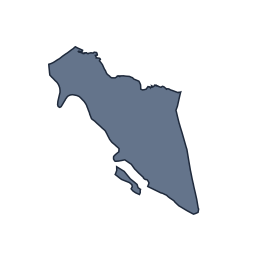 Al Munirah, Al Hudaydah, Yemen, rotated 114°
{"feature_id": "15242507B73593637520404", "entity_name": "Al Munirah", "entity_type": "district", "adm_level": 2, "iso_a3": "YEM", "parent_name": "Yemen", "parent_adm1": "Al Hudaydah", "projection": "natural_earth1", "projection_center": [42.864, 15.354], "detail": "fine", "context": "isolated", "style": "filled", "palette": "slate", "viewbox_px": 256, "rotation_deg": 114, "n_neighbors": 0, "source": "geoboundaries", "source_scale": "gbopen_adm2", "svg_char_len": 5163}
<svg xmlns="http://www.w3.org/2000/svg" viewBox="0 0 256 256"><g transform="rotate(114 128 128)"><path d="M73.7,94.5L74.3,95.1L74.4,95.5L74.5,96.0L75.3,96.5L75.7,102.7L75.9,104.6L75.7,106.5L76.0,107.6L76.5,108.6L76.9,108.6L76.9,108.9L76.6,109.2L76.3,109.8L76.3,110.3L76.0,111.1L75.8,111.7L75.8,113.3L76.3,113.8L77.4,114.4L77.7,117.6L77.6,117.8L77.4,118.0L77.5,118.3L77.9,118.9L78.0,119.8L77.8,119.9L77.6,119.4L77.5,119.5L77.4,119.6L77.5,119.8L77.6,120.1L78.0,120.8L77.9,121.0L78.1,121.2L79.3,121.2L79.8,121.6L80.2,121.9L80.6,122.1L80.9,122.7L80.9,122.8L81.0,122.9L80.9,122.9L80.7,122.8L80.4,122.7L80.2,122.7L80.2,122.8L80.0,123.0L79.9,123.0L79.8,123.4L79.8,123.5L79.9,123.4L80.0,123.2L80.2,122.9L80.3,122.8L80.5,122.9L80.8,123.0L81.1,123.2L81.1,123.3L81.3,123.4L81.4,123.5L81.5,123.7L81.7,123.8L81.8,123.8L81.7,123.9L81.7,124.0L81.6,123.9L81.4,123.7L81.4,123.8L81.5,123.8L81.7,124.0L81.7,124.3L81.8,124.4L81.7,124.5L81.9,124.7L81.8,124.8L81.8,125.0L81.7,125.1L81.7,125.5L81.8,125.7L82.0,125.9L81.9,126.0L82.1,126.4L82.1,126.6L85.1,127.2L86.2,128.5L87.3,130.1L87.3,132.2L86.2,132.7L84.5,133.5L83.3,134.2L82.0,135.6L81.0,136.8L80.8,137.1L80.9,142.0L80.9,142.8L80.2,144.3L80.3,145.2L80.3,147.7L81.5,151.0L82.2,153.4L83.6,156.3L83.7,156.5L84.0,156.5L84.3,156.4L84.4,156.6L84.1,156.9L84.0,157.2L84.1,157.7L84.4,157.8L84.7,157.9L85.2,157.6L84.7,158.1L84.7,158.3L84.8,158.9L85.2,159.0L86.1,159.2L87.5,160.2L87.7,160.8L87.9,161.2L88.4,162.4L88.8,163.4L88.6,164.9L88.1,165.9L87.6,167.9L87.0,169.5L86.1,170.6L84.9,171.8L83.7,173.6L82.0,175.5L80.5,177.2L79.0,179.8L78.3,181.4L77.4,181.5L77.0,181.3L76.7,181.1L76.0,181.8L75.9,182.4L76.0,183.0L76.4,184.1L76.5,184.6L76.6,184.9L76.8,185.4L76.4,185.4L76.3,185.6L75.9,186.3L75.7,186.6L75.5,186.8L75.3,187.0L75.0,187.3L74.8,187.0L74.5,186.7L74.3,186.4L74.1,185.8L73.7,185.7L73.1,186.1L72.7,186.5L72.2,186.9L72.0,187.2L71.9,187.9L72.2,188.5L72.3,189.3L72.7,189.9L73.2,190.0L73.7,190.3L74.4,192.5L75.1,193.4L75.7,194.3L76.3,194.6L76.5,195.4L76.1,196.5L76.5,197.3L77.2,197.8L77.1,198.5L77.3,198.7L77.6,198.6L77.9,198.5L78.3,199.3L77.9,200.0L78.1,200.3L78.2,200.6L78.0,201.0L78.0,201.3L78.2,201.6L78.3,202.6L78.6,203.6L78.5,204.1L78.4,204.5L78.1,204.5L77.9,204.3L77.7,203.6L77.7,203.3L77.9,203.1L77.5,202.1L77.3,201.3L76.9,201.2L76.6,201.3L76.3,201.0L75.9,200.9L75.7,201.1L75.4,201.2L75.4,206.8L75.3,207.9L75.2,209.1L75.7,209.4L75.9,209.5L76.0,209.6L76.7,209.9L77.1,210.0L78.1,210.5L79.3,211.3L84.2,214.0L85.5,214.9L89.0,217.0L90.6,217.8L92.5,218.8L94.4,220.2L97.1,221.9L98.4,222.8L99.3,223.5L99.7,223.9L100.0,224.2L100.3,224.4L100.5,224.6L101.2,225.4L102.0,226.3L104.6,224.9L108.4,222.7L108.7,222.6L109.0,222.4L110.0,221.8L111.4,221.0L112.3,218.9L112.5,218.5L112.8,217.6L113.3,216.3L113.8,215.1L114.2,214.2L115.1,211.6L115.9,210.2L117.1,208.6L119.1,206.7L121.1,205.5L123.1,204.6L129.0,203.5L132.1,202.9L135.3,201.8L136.7,200.6L136.9,199.5L136.9,198.7L135.7,197.8L132.7,197.4L129.2,197.0L128.0,196.8L126.9,196.8L125.7,196.5L124.2,196.2L123.1,195.7L122.2,195.0L121.2,194.0L120.1,192.2L119.5,189.7L119.1,187.9L119.1,185.4L119.5,184.1L120.9,180.6L121.1,180.1L121.6,178.8L122.3,177.7L122.9,176.7L124.1,175.1L125.6,173.7L126.3,172.9L127.8,171.5L129.8,169.4L130.8,168.7L132.1,167.4L133.2,166.3L134.3,165.2L134.6,164.3L134.8,163.4L135.2,161.4L136.3,158.4L136.8,156.8L137.6,154.3L137.8,153.7L138.7,151.2L138.9,150.4L139.6,148.2L139.9,147.6L140.1,147.3L141.4,145.6L142.1,144.7L142.7,144.0L142.8,143.9L143.1,143.5L143.8,142.7L144.3,142.0L144.8,141.4L145.2,140.9L145.9,140.1L146.4,139.0L147.0,138.1L147.1,137.9L147.5,137.1L147.9,136.0L147.9,135.9L148.8,132.8L149.1,132.0L149.2,131.8L149.4,131.0L149.6,130.4L150.4,127.9L150.5,127.8L153.5,126.7L156.4,128.2L158.2,129.0L159.0,129.3L159.9,129.5L160.4,129.4L162.2,128.6L163.5,126.8L163.5,125.9L162.0,123.1L160.7,121.3L160.7,121.2L159.2,119.1L158.4,118.0L159.8,110.2L162.7,105.3L162.9,104.8L163.3,103.6L164.9,99.7L165.2,98.7L166.9,93.8L167.4,93.5L167.5,93.2L167.9,92.2L167.9,91.3L167.9,90.9L167.5,89.7L167.9,88.7L169.5,86.6L169.8,86.5L171.1,86.3L171.9,86.3L172.0,86.3L173.4,86.2L173.9,71.4L173.6,70.0L173.6,69.5L173.7,67.5L173.7,65.5L173.7,65.4L174.3,63.8L174.7,62.4L174.7,62.2L175.0,61.1L175.3,59.2L175.5,57.9L175.6,57.6L175.8,56.5L176.3,55.5L176.6,55.0L177.4,52.8L178.4,49.9L178.6,48.0L179.4,41.6L179.6,39.6L180.0,33.8L180.0,33.0L179.5,32.5L178.6,31.5L176.6,29.7L173.3,30.5L172.5,31.4L166.9,35.1L165.1,36.3L162.4,38.3L161.1,39.3L160.9,39.4L155.5,43.5L154.0,44.6L153.1,45.2L152.0,46.0L151.9,46.1L151.4,46.5L148.3,48.8L144.3,51.6L141.4,53.7L134.2,58.5L123.6,65.5L121.7,67.2L110.7,76.4L105.1,81.3L104.9,81.4L104.5,81.8L103.5,82.6L103.0,83.1L101.6,84.2L97.5,87.4L93.8,90.2L92.3,91.4L89.7,91.6L88.1,91.7L75.6,94.2L73.7,94.5ZM175.7,120.8L177.2,114.9L177.6,113.0L177.6,112.8L177.3,104.5L178.2,101.4L180.0,100.2L180.7,100.2L180.9,100.3L182.3,100.4L183.5,97.9L184.1,94.6L184.1,91.9L184.1,90.5L182.1,90.5L180.2,91.4L179.0,91.6L179.0,91.9L178.9,92.4L178.8,92.6L178.6,93.7L178.5,94.4L178.0,94.9L176.2,96.5L175.9,96.7L175.2,99.1L175.0,99.7L174.0,103.5L173.5,105.3L169.2,113.8L168.0,122.6L169.7,121.8L171.4,121.0L171.7,121.0L174.6,120.8L175.7,120.8Z" fill="#64748b" stroke="#1e293b" stroke-width="1.5"/></g></svg>